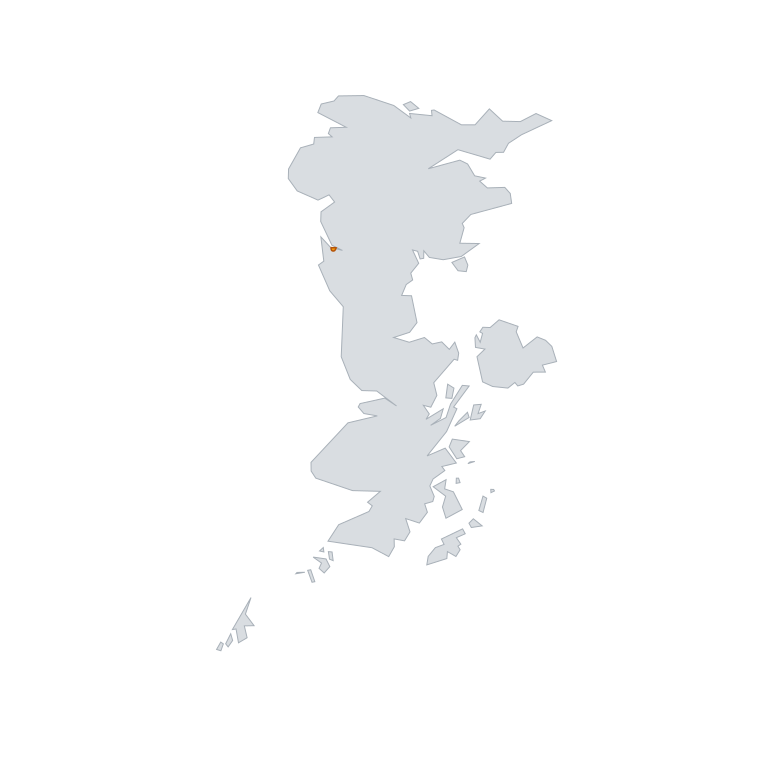 Kingston upon Hull on a map of United Kingdom (Mercator projection), rotated 198°
{"feature_id": "GBR-2055", "entity_name": "Kingston upon Hull", "entity_type": "Unitary Authority", "adm_level": 1, "iso_a3": "GBR", "parent_name": "United Kingdom", "parent_adm1": "", "projection": "mercator", "projection_center": [-0.364, 53.752], "detail": "fine", "context": "in_parent", "style": "filled", "palette": "amber", "viewbox_px": 768, "rotation_deg": 198, "n_neighbors": 0, "source": "natural_earth", "source_scale": "10m", "svg_char_len": 4035}
<svg xmlns="http://www.w3.org/2000/svg" viewBox="0 0 768 768"><g transform="rotate(198 384 384)"><path d="M408.4,602.4L381.1,620.3L372.5,619.1L362.1,610.0L351.1,611.2L355.7,606.5L346.3,602.4L329.9,608.3L322.8,604.2L318.4,595.2L353.8,572.1L359.2,560.9L356.1,557.4L355.4,541.3L336.9,547.0L350.0,529.1L366.1,520.5L380.0,518.4L387.3,523.0L385.1,515.8L388.3,514.1L393.0,520.6L398.3,520.3L388.3,509.5L392.8,497.7L388.9,491.8L393.6,485.5L394.6,473.7L385.1,476.4L371.6,452.6L375.6,441.1L389.2,431.2L372.9,431.5L359.9,440.7L350.5,437.0L342.1,441.9L332.6,437.1L329.6,445.7L322.5,436.4L321.3,429.3L325.0,429.2L337.1,400.6L330.2,389.5L332.3,376.4L340.0,375.9L331.7,369.5L333.1,363.4L320.0,378.7L319.7,368.7L326.9,359.1L314.6,371.3L314.5,385.4L309.1,406.9L302.4,408.4L310.7,383.6L307.0,383.0L309.8,358.1L320.8,328.9L306.0,341.9L290.8,331.2L303.5,323.4L299.4,320.5L308.0,308.8L308.9,301.2L301.5,292.6L301.3,287.3L308.3,282.6L303.1,275.4L307.4,262.7L321.8,262.7L313.6,251.4L316.0,241.2L326.5,239.8L323.9,232.4L326.2,221.3L344.8,224.6L388.7,217.2L383.6,236.2L358.9,258.1L357.5,264.5L363.1,266.5L354.3,280.8L381.0,272.9L419.8,273.4L426.4,278.7L429.2,286.9L406.3,335.9L380.5,351.6L394.0,349.7L401.4,354.2L400.7,358.0L378.9,370.8L365.3,367.0L388.8,375.1L403.1,370.9L417.5,377.9L433.1,396.7L446.6,444.9L464.4,455.9L483.1,476.9L479.2,482.2L489.5,504.4L477.2,497.5L464.8,498.2L476.4,499.9L494.4,519.0L497.1,528.3L487.2,541.8L494.7,546.9L503.6,538.5L526.2,540.8L538.5,549.8L541.2,559.0L536.4,582.8L525.0,590.5L526.3,597.0L509.7,603.0L514.3,605.0L514.1,611.1L499.3,616.5L530.8,621.7L530.2,630.9L519.0,637.7L516.3,643.9L492.3,652.1L460.8,651.9L440.7,645.3L443.3,649.2L421.2,654.0L423.4,658.9L421.0,660.1L390.4,654.4L377.5,658.6L368.8,678.2L352.4,670.6L335.4,675.7L323.0,688.2L305.9,686.3L330.2,663.6L340.0,651.4L341.9,641.3L349.2,638.8L352.6,630.6L386.1,629.7L408.4,602.4ZM294.4,480.6L274.3,480.2L274.4,474.5L262.9,461.2L252.9,476.1L243.9,475.5L236.0,471.6L226.8,458.7L239.2,450.9L234.2,445.2L245.7,441.4L251.2,427.0L256.2,423.5L260.0,425.9L264.9,418.4L279.9,415.2L290.9,416.5L304.0,438.7L298.8,448.4L308.3,447.1L311.8,456.1L311.4,459.3L305.4,453.4L305.9,462.6L309.0,463.2L307.5,468.5L300.5,470.5L294.4,480.6ZM288.7,233.7L284.6,244.2L277.3,250.0L281.5,254.3L264.5,270.5L260.5,266.7L267.7,260.2L261.4,255.4L263.6,252.6L260.4,249.9L262.3,242.2L271.9,244.2L270.3,237.4L287.4,225.2L288.7,233.7ZM290.4,285.1L290.7,296.4L305.5,301.5L295.4,312.2L293.9,303.0L284.7,302.9L270.8,288.8L283.6,275.5L290.4,285.1ZM442.4,92.9L449.0,105.3L452.3,103.6L444.5,139.8L444.7,122.3L432.9,114.0L442.1,110.8L435.8,100.4L442.4,92.9ZM302.0,352.7L285.0,355.6L290.6,344.3L284.8,339.8L291.7,335.4L302.6,344.3L302.0,352.7ZM348.6,514.6L357.0,520.6L346.7,529.7L341.0,523.0L340.5,516.3L348.6,514.6ZM290.9,376.4L292.2,391.8L285.3,394.7L285.4,384.9L279.4,389.6L281.8,380.7L290.9,376.4ZM388.8,188.6L388.1,194.4L397.9,197.5L385.1,199.7L379.1,193.6L382.5,185.8L388.8,188.6ZM323.4,403.5L316.2,401.7L315.0,391.3L320.9,389.9L323.4,403.5ZM451.9,655.7L446.0,660.8L436.1,656.9L444.0,651.5L451.9,655.7ZM295.9,382.9L292.7,378.5L303.7,365.7L301.4,372.1L295.9,382.9ZM256.6,274.5L260.2,277.9L257.4,283.4L246.8,279.4L256.6,274.5ZM255.2,308.0L251.0,307.1L250.1,292.4L254.7,293.0L255.2,308.0ZM452.6,99.1L448.7,93.3L451.0,85.8L454.3,88.0L452.6,99.1ZM399.0,183.2L396.3,184.7L388.7,174.6L391.2,173.2L399.0,183.2ZM385.1,207.4L381.5,208.2L377.8,200.3L381.7,200.6L385.1,207.4ZM461.2,79.8L459.5,88.1L456.5,87.2L456.7,79.9L461.2,79.8ZM408.5,177.9L401.1,180.5L409.2,176.3L408.5,177.9ZM286.1,316.8L284.0,317.5L281.2,313.7L284.7,311.8L286.1,316.8ZM393.7,205.3L391.2,209.7L389.3,205.7L393.7,205.3ZM278.1,336.5L273.7,338.4L279.6,334.2L278.1,336.5ZM249.9,316.8L247.1,317.6L245.9,316.4L248.7,313.7L249.9,316.8Z" fill="#d9dde1" stroke="#a8b0b8" stroke-width="1"/><path d="M476.4,497.4L476.1,497.4L472.1,498.7L471.5,498.7L471.6,498.1L471.7,496.9L472.2,495.5L472.8,495.1L473.5,494.7L474.3,494.7L474.9,494.8L475.5,495.3L476.0,496.0L476.3,496.7L476.4,497.2L476.4,497.4Z" fill="#f59e0b" stroke="#b45309" stroke-width="1.5"/></g></svg>